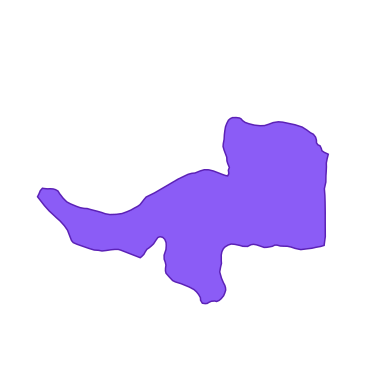 Offouè-Onoyè, Ogooué-Lolo, Gabon (Albers equal-area conic projection), rotated 111°
{"feature_id": "22940354B26580795617541", "entity_name": "Offouè-Onoyè", "entity_type": "district", "adm_level": 2, "iso_a3": "GAB", "parent_name": "Gabon", "parent_adm1": "Ogooué-Lolo", "projection": "albers", "projection_center": [11.91, -1.081], "detail": "fine", "context": "isolated", "style": "filled", "palette": "violet", "viewbox_px": 384, "rotation_deg": 111, "n_neighbors": 0, "source": "geoboundaries", "source_scale": "gbopen_adm2", "svg_char_len": 2724}
<svg xmlns="http://www.w3.org/2000/svg" viewBox="0 0 384 384"><g transform="rotate(111 192 192)"><path d="M107.9,78.3L107.8,79.3L107.6,82.7L106.9,85.5L105.0,86.9L103.0,89.0L102.8,91.4L101.5,93.4L99.0,94.4L96.5,96.3L94.6,99.4L94.2,102.8L93.0,107.0L91.9,112.4L92.3,119.9L94.3,132.4L95.5,136.5L98.1,141.1L101.2,144.6L104.0,148.1L105.7,152.1L107.2,157.7L107.9,163.5L108.0,167.4L107.2,170.4L106.1,172.5L105.9,174.2L106.6,177.2L108.0,180.8L109.7,182.5L111.9,183.7L115.5,184.1L119.1,184.1L123.0,183.3L127.0,182.3L131.3,180.9L135.7,180.1L138.4,179.3L141.2,177.2L147.1,172.0L150.5,170.5L152.8,168.7L155.7,165.9L158.6,165.9L160.4,164.9L161.9,164.2L164.2,164.5L164.6,166.6L164.7,170.0L164.7,174.1L164.7,179.5L165.3,184.4L166.8,188.5L169.4,191.9L173.2,196.0L174.7,199.0L176.9,202.0L184.8,209.5L197.7,219.8L206.3,226.7L213.1,233.0L216.2,234.1L219.3,235.0L222.5,236.0L225.0,237.7L227.6,240.0L230.8,242.6L233.7,245.6L237.2,249.6L240.0,254.7L242.5,260.6L243.4,265.1L243.5,269.0L243.9,273.5L244.7,280.3L245.0,283.9L246.0,286.9L246.7,290.8L246.8,294.8L246.6,301.4L246.1,305.3L244.8,308.3L243.7,310.6L242.2,313.0L241.1,314.9L239.1,317.5L238.7,320.3L238.9,322.7L239.8,325.7L240.8,327.9L241.6,330.8L242.1,333.0L242.4,333.1L245.1,334.1L248.6,334.2L251.8,334.5L257.6,324.9L260.9,318.5L262.6,314.2L264.5,309.6L266.3,304.8L269.2,299.1L272.3,294.5L277.2,290.1L280.5,287.1L281.8,284.7L282.0,280.6L281.8,273.7L281.6,267.6L281.2,262.5L279.9,258.2L279.3,254.9L277.5,251.4L275.0,247.0L273.3,243.6L272.0,240.2L271.8,237.8L271.9,216.8L270.4,215.9L267.5,214.6L265.1,214.3L261.7,213.6L259.4,212.0L256.9,210.6L254.2,209.3L250.0,208.4L246.8,207.6L245.2,205.9L244.8,203.1L245.9,200.5L248.6,198.0L251.4,196.8L255.0,195.7L261.0,195.4L264.7,193.9L267.1,191.8L269.7,190.1L272.7,189.4L275.2,188.5L277.2,187.1L279.4,182.9L281.6,178.4L281.9,175.4L281.5,169.2L281.7,160.6L282.4,155.1L283.6,152.0L285.3,149.1L287.6,146.3L290.0,145.2L292.1,142.5L291.5,139.7L290.6,137.9L288.8,136.5L287.1,134.8L285.6,131.7L285.4,129.8L283.6,127.9L281.1,126.5L277.5,125.3L274.5,125.2L271.5,125.4L269.4,126.4L267.4,127.9L265.4,130.2L262.0,133.5L256.7,137.5L251.3,138.5L248.1,138.9L245.8,140.0L242.9,141.1L240.4,142.1L237.0,142.7L233.6,142.4L231.3,141.4L228.5,139.2L226.5,136.7L225.5,133.2L224.7,128.0L224.5,125.1L222.9,120.6L220.1,118.1L218.8,115.9L218.2,112.9L218.0,108.6L217.9,104.8L216.8,102.3L215.4,99.9L213.9,97.5L212.0,95.8L211.1,93.6L210.8,90.3L209.7,86.9L208.5,83.6L207.9,79.9L207.7,75.5L206.8,69.8L204.0,64.6L201.6,60.0L199.1,56.3L196.7,52.3L194.5,49.5L194.2,49.6L185.8,51.6L178.9,54.3L169.9,57.8L163.6,60.2L153.6,64.2L147.4,66.8L141.5,69.6L134.8,70.6L128.8,72.8L124.6,74.1L120.4,75.5L116.8,77.0L112.8,77.7L107.9,78.3Z" fill="#8b5cf6" stroke="#5b21b6" stroke-width="1.5"/></g></svg>